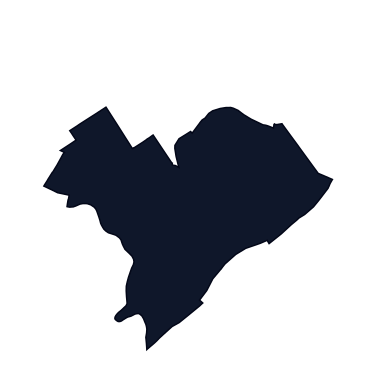 outline of Oltenita, Calarasi, Romania, rotated 331°
{"feature_id": "2599482B1187163066673", "entity_name": "Oltenita", "entity_type": "district", "adm_level": 2, "iso_a3": "ROU", "parent_name": "Romania", "parent_adm1": "Calarasi", "projection": "orthographic", "projection_center": [26.67, 44.114], "detail": "fine", "context": "isolated", "style": "filled", "palette": "ink", "viewbox_px": 384, "rotation_deg": 331, "n_neighbors": 0, "source": "geoboundaries", "source_scale": "gbopen_adm2", "svg_char_len": 3095}
<svg xmlns="http://www.w3.org/2000/svg" viewBox="0 0 384 384"><g transform="rotate(331 192 192)"><path d="M76.1,307.9L76.9,307.7L86.2,305.8L89.3,305.0L92.4,304.0L96.5,303.0L109.4,300.0L117.5,300.0L129.4,297.9L143.6,295.3L144.3,295.1L147.1,294.4L147.6,294.3L146.2,290.2L157.2,285.3L168.1,278.0L179.0,273.8L179.6,273.6L179.8,273.6L182.6,272.3L186.0,270.9L200.0,267.8L211.7,267.3L223.5,269.4L224.1,269.5L227.1,270.0L234.3,270.7L234.4,274.5L249.8,271.9L263.0,268.7L268.8,267.6L269.4,267.5L270.3,267.3L273.0,266.6L279.6,266.3L291.0,263.9L298.8,260.8L312.8,254.7L313.8,253.9L314.3,253.6L316.8,251.6L320.9,249.1L320.2,248.2L314.5,240.8L311.4,236.9L310.9,233.0L310.4,229.1L307.4,204.9L307.2,203.0L305.7,191.4L303.8,176.3L303.8,175.9L299.8,174.5L299.2,174.3L298.4,173.9L297.9,173.6L297.7,173.4L297.3,172.9L297.2,172.5L296.5,172.6L294.3,175.6L293.5,174.6L292.7,173.7L290.9,171.5L289.9,170.4L289.0,169.5L287.8,168.5L287.3,168.2L286.6,167.6L280.9,159.6L279.1,157.1L276.9,153.3L276.6,152.7L275.5,150.8L274.9,149.8L274.1,148.0L273.7,147.2L271.9,143.0L268.8,138.8L266.9,136.9L262.6,134.6L257.1,132.6L249.4,131.0L244.8,131.4L239.2,133.7L235.8,133.9L232.8,135.1L231.6,135.7L220.7,140.6L220.1,138.4L215.0,138.7L206.5,139.1L199.7,142.9L198.1,145.6L195.3,153.3L192.7,162.9L192.4,164.1L191.0,161.9L190.5,161.0L187.8,158.8L188.8,157.2L188.6,157.0L188.4,156.7L187.6,147.3L185.6,123.3L184.3,123.4L182.2,123.7L181.2,123.8L180.1,123.9L179.2,123.9L178.6,123.9L177.0,124.2L172.9,124.6L161.9,125.3L161.9,125.0L160.9,125.0L160.5,118.1L160.2,113.4L160.0,109.9L159.3,98.0L158.9,91.8L157.9,76.1L157.6,76.1L155.3,76.3L153.6,76.4L151.9,76.5L151.6,76.6L149.3,76.7L147.1,76.9L139.0,77.4L134.3,77.7L126.5,78.2L123.6,78.5L114.8,79.1L115.1,81.8L115.3,84.6L115.4,86.0L115.8,90.4L109.3,91.0L97.0,91.9L99.6,95.5L99.2,95.6L98.4,96.0L97.9,96.2L96.8,96.8L94.5,98.3L91.5,100.2L87.2,102.9L86.7,103.2L84.9,104.2L79.8,107.1L79.3,107.3L79.2,107.2L73.8,110.2L73.0,110.6L70.7,112.0L68.1,113.4L67.0,114.0L66.1,114.5L65.3,115.0L69.3,120.6L74.2,127.6L74.6,127.9L76.1,129.2L82.9,135.1L83.0,135.3L79.5,139.5L79.4,139.3L77.5,141.7L75.6,144.2L75.9,144.5L76.4,144.9L76.9,145.3L77.1,145.5L77.6,145.9L79.6,146.8L80.8,147.4L81.3,147.5L83.1,147.8L83.8,147.9L88.2,148.3L90.9,149.2L94.6,151.3L97.2,154.1L99.1,157.8L99.6,160.3L99.5,162.5L98.4,168.9L97.7,172.3L97.0,174.9L96.8,176.7L96.8,179.3L96.9,181.7L97.7,184.3L99.1,187.1L102.7,190.9L104.5,192.9L106.3,196.9L106.7,199.4L105.9,203.6L105.7,206.1L105.6,209.7L107.3,215.0L108.4,219.0L108.3,222.5L107.4,225.0L105.5,227.1L102.2,229.4L95.1,235.8L92.0,239.0L88.9,242.5L86.5,246.6L83.9,252.0L82.5,255.2L81.2,258.0L80.2,258.8L78.9,259.6L76.7,260.1L74.9,260.6L72.5,261.2L69.4,261.7L67.5,262.3L65.6,263.1L64.2,264.0L63.4,264.9L63.1,265.7L63.2,266.5L63.7,267.9L64.5,269.3L65.2,269.9L66.1,270.3L66.9,270.5L67.9,270.6L69.4,270.4L71.3,270.3L73.2,270.2L75.1,270.2L78.3,271.0L81.1,271.1L82.7,271.1L84.0,271.4L86.0,272.2L86.7,272.8L87.2,273.7L88.1,276.0L88.2,279.5L87.8,282.3L87.5,285.4L86.9,287.7L86.0,290.1L84.0,293.2L81.2,296.7L78.7,302.4L77.3,305.4L76.1,307.9Z" fill="#0f172a" stroke="#020617" stroke-width="1.5"/></g></svg>